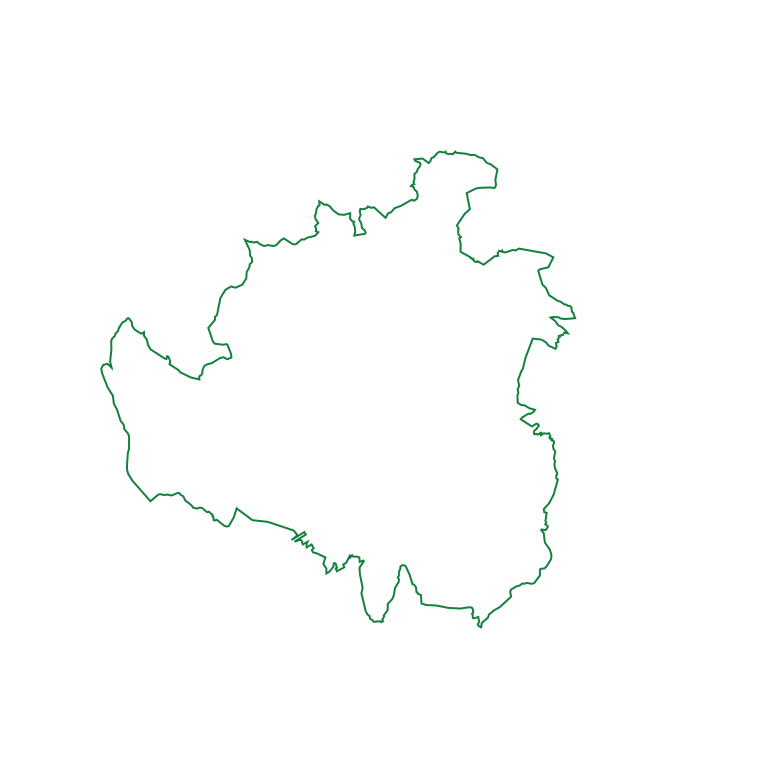 Aquixtla, Puebla, Mexico, rotated 39°
{"feature_id": "50627088B80645890031295", "entity_name": "Aquixtla", "entity_type": "district", "adm_level": 2, "iso_a3": "MEX", "parent_name": "Mexico", "parent_adm1": "Puebla", "projection": "albers", "projection_center": [-97.929, 19.78], "detail": "fine", "context": "isolated", "style": "outline", "palette": "green", "viewbox_px": 768, "rotation_deg": 39, "n_neighbors": 0, "source": "geoboundaries", "source_scale": "gbopen_adm2", "svg_char_len": 6165}
<svg xmlns="http://www.w3.org/2000/svg" viewBox="0 0 768 768"><g transform="rotate(39 384 384)"><path d="M435.9,179.0L427.6,180.6L403.6,193.9L402.3,197.4L399.9,198.6L395.5,205.4L392.8,206.8L391.8,206.1L391.7,207.2L389.7,208.0L390.0,210.9L392.1,212.6L389.6,215.2L386.4,228.5L379.2,229.8L379.3,230.7L378.0,231.7L374.7,231.4L374.6,230.6L372.0,231.7L371.5,231.1L360.2,233.1L355.6,227.0L350.7,223.3L351.4,221.5L347.7,220.9L345.4,218.6L344.1,216.1L340.9,215.1L339.6,200.9L340.7,194.1L328.1,183.6L332.4,174.3L334.5,171.7L343.0,164.3L346.0,162.6L346.7,161.4L345.7,158.7L342.3,155.6L337.1,145.9L328.9,146.1L324.3,147.5L318.9,146.2L315.1,148.1L310.2,148.9L307.1,151.7L303.4,153.1L294.5,158.9L293.2,158.6L292.8,162.3L291.1,162.9L290.0,164.4L287.6,165.6L285.6,164.7L285.2,166.2L281.1,168.4L280.1,170.8L280.0,176.2L278.8,178.4L279.9,182.2L279.7,184.2L272.1,184.5L266.3,190.2L268.0,190.9L272.5,189.5L273.7,189.8L274.9,192.0L275.0,196.2L276.0,198.3L275.5,201.8L278.3,204.9L279.9,208.6L281.9,209.8L280.6,211.3L280.4,213.2L283.1,212.3L285.3,213.7L288.6,213.9L292.0,216.6L293.0,219.9L291.8,222.8L289.6,223.3L285.1,234.9L281.6,240.6L281.4,246.0L279.8,248.7L280.6,253.9L265.0,253.0L263.2,255.1L259.8,256.2L260.2,257.1L258.4,260.8L255.5,262.9L256.5,265.1L259.6,267.5L260.2,270.3L261.6,272.1L265.0,273.3L268.9,276.7L272.2,276.7L274.3,277.6L274.8,279.0L267.5,287.4L265.8,283.8L261.8,279.8L259.3,278.7L258.8,276.7L256.7,277.5L253.7,276.9L250.2,272.5L246.5,277.7L242.0,280.7L235.4,281.1L229.9,280.0L226.4,280.7L225.0,282.2L218.7,282.8L221.4,285.7L220.9,287.1L221.4,290.3L223.9,294.6L224.5,297.0L227.4,299.1L231.6,300.2L231.1,304.7L233.6,306.1L234.9,308.2L237.4,307.4L237.2,312.2L232.2,318.7L231.1,322.0L229.0,323.4L227.6,330.8L225.4,332.7L214.5,333.9L213.3,337.5L212.9,344.0L210.9,346.6L206.0,349.3L205.1,351.2L203.4,352.5L198.1,353.6L196.0,353.3L193.9,355.9L191.1,357.0L190.7,358.0L185.2,359.5L195.5,364.5L198.9,368.3L202.0,369.3L204.8,372.1L204.3,375.4L206.0,378.2L206.8,383.3L210.5,388.6L211.4,395.9L208.0,402.6L203.8,404.4L201.5,410.5L202.7,420.0L210.8,435.5L210.5,438.3L212.3,440.6L212.2,451.0L224.6,458.9L227.2,459.1L233.9,455.0L236.6,452.1L237.8,452.1L246.5,457.1L248.8,459.5L246.6,463.4L242.5,464.2L240.3,466.8L237.1,476.1L234.0,480.3L233.0,483.0L234.3,487.6L235.9,489.8L236.5,492.3L235.7,493.3L236.0,494.9L237.7,496.7L229.9,500.4L218.3,503.2L215.9,502.5L204.9,503.6L203.2,500.5L199.1,498.5L198.0,498.9L199.2,501.5L197.7,502.2L180.9,504.0L176.1,502.2L171.5,498.6L167.2,497.6L164.8,494.8L164.2,497.1L163.4,497.8L156.1,498.6L152.2,497.6L148.8,494.6L144.3,493.5L143.3,494.5L143.4,497.5L142.0,500.8L142.8,507.6L144.1,510.6L143.5,513.7L144.6,516.0L144.1,519.7L145.0,522.3L150.3,528.6L157.1,539.0L162.1,542.8L156.5,542.3L153.8,545.8L154.6,550.0L158.2,553.1L171.2,560.5L180.8,563.8L186.4,569.3L192.6,571.9L202.5,578.4L207.2,579.4L210.7,582.5L215.9,583.5L218.6,584.9L226.5,594.6L228.6,599.2L235.3,608.7L238.1,612.2L241.5,614.7L249.3,617.5L276.3,622.1L278.2,612.0L279.4,610.4L282.8,608.8L285.0,606.5L289.2,604.2L292.2,598.5L293.8,597.5L295.5,598.1L298.7,597.6L303.0,599.6L310.5,599.4L313.7,600.2L317.3,598.3L318.6,595.9L321.1,594.8L327.0,595.0L328.3,593.4L333.5,593.7L333.9,594.8L335.6,595.0L337.0,596.9L338.3,596.6L339.4,594.8L349.2,594.7L351.7,593.6L352.8,592.1L351.2,582.2L347.8,573.4L367.5,572.6L380.4,564.3L405.9,554.7L412.0,556.0L410.3,563.4L415.3,549.2L418.0,550.2L413.7,562.9L416.8,557.8L418.5,557.6L421.9,559.8L423.8,554.8L424.4,556.8L426.7,559.7L428.7,554.3L432.7,555.9L432.4,558.5L434.8,559.5L438.6,557.8L447.6,555.7L450.0,561.9L455.4,563.8L458.5,567.5L459.6,564.4L459.7,560.3L459.6,557.6L458.0,555.5L458.0,554.5L459.3,554.0L463.2,556.4L462.6,557.7L465.2,559.2L468.5,551.5L465.9,550.0L467.2,546.7L465.4,538.8L466.2,538.1L467.0,539.4L467.2,537.1L468.8,537.5L472.2,534.8L473.9,534.3L477.1,537.5L479.1,534.1L479.9,534.4L480.5,542.1L484.8,546.8L495.5,555.7L498.3,561.0L512.5,571.9L515.9,573.5L518.6,573.4L521.1,575.2L523.4,574.7L525.6,575.3L530.3,570.9L531.7,570.9L532.5,568.9L531.0,568.3L530.3,564.4L529.5,564.0L529.2,557.6L525.3,552.4L525.8,546.0L524.5,541.9L520.9,535.5L520.0,528.7L518.7,526.5L516.4,525.5L516.2,523.6L513.7,520.5L513.0,517.4L511.6,515.5L512.1,513.5L514.3,511.9L515.7,512.0L523.9,516.1L532.1,521.6L533.4,521.0L536.5,521.7L540.3,525.3L541.3,524.9L542.1,525.7L545.6,524.8L551.3,531.0L556.1,529.1L563.9,523.3L574.9,517.5L584.7,510.4L590.5,504.1L592.9,502.5L594.7,503.0L597.2,505.5L597.0,507.3L598.4,507.8L600.2,509.9L601.4,509.5L603.9,505.7L607.6,508.9L608.1,511.8L610.1,512.5L612.6,511.9L610.4,508.3L611.8,500.1L610.7,497.2L611.8,491.1L614.4,484.5L616.6,469.2L612.8,466.1L612.1,463.8L614.4,457.6L616.2,455.4L617.2,451.8L619.0,450.7L620.4,448.5L624.4,446.5L626.0,444.2L625.7,434.8L622.1,430.3L622.0,429.1L624.7,426.4L625.2,423.8L624.0,414.7L621.9,411.7L617.3,408.4L608.7,405.9L602.0,399.4L598.1,398.6L598.3,397.6L601.5,396.0L601.4,392.6L600.8,391.4L597.6,391.5L597.4,389.7L595.7,388.9L591.5,381.7L589.3,382.8L586.9,380.8L587.4,372.8L585.5,363.4L579.3,348.9L577.3,348.9L575.4,346.6L575.0,344.5L570.0,341.9L567.2,339.4L565.2,336.1L562.9,334.9L559.6,328.6L557.1,328.1L554.2,325.8L553.2,322.7L551.9,321.6L549.7,322.3L549.4,320.9L547.4,322.0L546.3,321.5L546.8,320.7L546.2,319.9L543.2,318.4L542.5,319.6L539.0,322.0L538.3,325.1L537.6,324.8L537.4,323.1L536.6,323.0L535.3,326.6L533.7,326.9L532.4,328.5L530.8,327.1L530.2,325.3L530.8,323.0L530.5,318.8L528.2,318.4L527.3,319.1L525.7,323.9L512.5,325.4L512.4,323.2L514.4,317.5L515.1,316.0L516.3,315.5L517.8,311.6L517.6,309.0L512.4,311.3L506.7,312.1L504.1,313.9L499.8,314.5L495.0,309.1L494.0,306.3L491.1,303.9L490.3,300.3L485.7,296.7L482.4,286.7L482.5,285.2L477.5,274.6L471.0,255.1L478.4,250.4L483.6,249.7L487.9,250.6L495.1,248.8L494.6,246.3L491.8,243.9L493.1,241.5L490.8,239.8L491.1,239.0L489.6,236.6L491.1,236.1L490.8,234.9L492.2,233.1L491.8,230.5L494.9,228.9L490.5,228.1L486.0,227.9L482.4,228.7L477.3,227.3L471.7,227.5L473.3,225.5L477.9,222.1L479.6,222.2L483.7,219.7L491.1,212.6L486.1,209.6L484.5,209.5L481.2,206.4L479.0,206.4L477.9,207.5L475.8,207.6L474.1,208.6L468.9,209.0L467.1,210.0L456.5,211.1L449.7,207.6L444.4,206.9L432.7,199.0L432.8,197.0L438.3,189.9L435.9,179.0Z" fill="none" stroke="#15803d" stroke-width="2"/></g></svg>